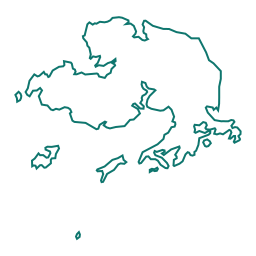 outline of Ongjin, Hwanghae-namdo, North Korea
{"feature_id": "82179303B18261928237919", "entity_name": "Ongjin", "entity_type": "district", "adm_level": 2, "iso_a3": "PRK", "parent_name": "North Korea", "parent_adm1": "Hwanghae-namdo", "projection": "orthographic", "projection_center": [125.207, 37.865], "detail": "fine", "context": "isolated", "style": "outline", "palette": "teal", "viewbox_px": 256, "rotation_deg": 0, "n_neighbors": 0, "source": "geoboundaries", "source_scale": "gbopen_adm2", "svg_char_len": 4478}
<svg xmlns="http://www.w3.org/2000/svg" viewBox="0 0 256 256"><path d="M220.8,71.1L216.4,66.4L213.5,63.3L209.0,60.2L206.1,52.4L198.8,38.3L191.3,38.3L185.4,33.7L176.5,32.1L169.1,29.0L163.2,28.9L152.8,25.8L145.6,20.7L144.1,20.8L142.6,24.5L144.1,27.2L143.3,31.2L143.8,32.9L146.2,34.3L146.4,37.5L147.9,39.1L144.8,40.5L142.4,40.0L138.5,36.8L134.2,37.4L133.0,36.4L135.4,33.8L136.1,31.4L135.7,30.5L133.8,25.9L130.6,23.6L126.0,24.1L128.6,22.0L128.4,20.4L122.1,17.7L119.0,17.2L112.5,17.9L110.3,20.3L107.5,21.7L104.5,22.3L99.9,21.8L96.5,23.7L94.8,23.3L92.7,24.6L89.4,22.4L87.4,24.3L85.3,32.8L84.7,35.4L82.9,36.2L83.3,38.3L86.8,42.4L87.4,45.7L89.3,47.7L90.8,54.5L89.8,58.1L90.7,58.8L93.1,56.4L95.9,57.0L99.9,55.9L100.2,57.1L97.7,63.0L95.2,65.5L95.7,66.7L98.8,65.2L103.6,65.9L107.9,63.1L111.6,61.9L113.6,60.4L115.4,59.0L115.6,61.1L112.7,63.3L114.7,64.4L115.1,65.5L111.5,69.0L110.6,72.8L107.0,74.8L104.8,77.9L99.1,76.5L98.0,74.1L96.9,73.5L85.2,74.5L81.6,72.5L76.6,74.3L74.3,74.2L75.6,71.7L74.9,69.6L72.9,68.6L72.1,65.0L71.8,63.7L70.9,62.6L64.0,61.2L64.4,65.0L63.2,66.3L59.0,66.8L52.7,70.5L49.4,76.5L48.3,77.0L46.8,74.3L45.2,74.3L43.8,71.9L39.4,75.8L37.5,76.4L36.4,75.7L34.3,74.4L29.5,80.8L27.8,88.3L26.4,90.7L25.6,92.0L27.2,94.8L29.6,96.3L33.0,90.7L36.3,90.5L36.8,90.5L40.1,88.0L42.0,90.4L38.8,96.2L41.8,104.6L47.5,105.5L50.9,109.5L53.0,110.2L56.0,108.8L59.3,109.6L64.6,107.2L67.9,107.8L70.2,109.3L70.3,109.6L71.4,112.1L69.9,113.4L72.4,120.6L74.4,121.9L85.6,122.9L96.4,129.2L98.3,128.7L99.7,124.8L104.9,121.6L106.0,122.1L103.7,125.3L106.6,127.4L109.9,128.4L115.8,127.0L119.6,126.6L124.6,126.1L130.0,119.9L133.7,119.5L139.9,113.5L137.8,109.0L132.2,105.7L133.3,104.0L135.0,103.5L140.2,108.5L143.5,108.7L143.8,106.3L140.3,103.0L142.2,99.9L141.7,98.0L142.5,95.9L145.6,94.2L147.2,92.0L146.7,90.7L143.5,88.8L142.3,86.9L141.6,84.5L142.0,81.8L145.4,83.0L146.8,86.7L148.6,88.5L154.1,89.4L155.4,90.3L149.7,95.9L147.5,99.6L146.5,104.2L147.3,106.8L151.4,108.8L160.2,110.7L163.5,110.3L168.5,106.7L171.5,109.7L174.1,116.7L172.4,121.4L175.1,122.4L175.4,124.3L174.6,126.6L171.5,127.2L168.2,132.7L164.4,134.8L163.5,138.9L157.6,144.3L142.6,152.2L138.6,161.9L139.4,163.5L141.1,163.0L146.2,156.6L148.4,156.4L150.8,159.2L155.3,159.2L157.9,160.7L160.6,164.8L165.4,168.0L166.9,168.2L167.5,168.2L168.6,166.0L167.0,163.0L161.8,157.7L155.4,155.2L154.1,152.7L154.7,151.0L156.8,151.9L162.5,149.9L164.5,150.4L164.7,151.6L161.9,153.5L163.8,155.0L171.2,149.4L179.3,146.5L179.7,147.9L175.2,154.8L176.6,156.6L176.7,158.3L173.9,159.8L173.5,165.4L174.2,166.0L179.5,163.7L182.6,161.3L185.5,154.4L187.7,152.2L189.1,152.7L190.5,155.1L192.6,155.6L194.5,154.8L194.4,152.0L196.1,150.7L198.4,144.9L199.3,138.2L208.6,134.7L210.2,133.2L210.3,131.4L209.6,131.3L208.1,131.2L204.9,133.0L199.3,131.0L195.6,132.8L194.5,132.1L195.1,129.6L194.1,126.3L194.7,124.8L199.4,125.3L203.2,122.1L205.8,122.8L206.8,125.2L205.4,128.0L206.3,129.3L210.0,129.6L214.8,128.3L215.6,129.4L214.2,133.7L216.9,134.4L220.0,133.4L223.0,134.3L227.2,131.4L229.3,129.9L230.6,130.5L231.4,132.5L229.0,138.5L230.5,138.7L233.7,136.0L235.0,136.0L235.2,138.5L233.8,141.8L234.5,142.7L239.5,140.2L240.0,139.1L238.4,136.1L240.5,134.1L240.6,131.3L237.3,127.5L235.0,127.1L232.5,128.0L231.4,125.8L234.4,121.9L233.5,120.4L231.2,120.0L228.2,121.3L222.7,121.2L221.4,121.3L214.6,120.1L207.8,112.6L205.8,107.7L207.0,106.4L212.7,107.5L213.7,109.8L216.3,107.6L218.1,110.3L219.1,103.8L219.2,97.6L219.2,86.7L220.8,78.9L220.8,71.1ZM58.1,145.8L51.6,146.9L47.4,146.7L45.4,147.8L45.6,149.6L50.0,151.5L50.4,153.2L48.2,157.4L46.5,157.7L43.2,155.1L42.7,155.1L40.1,155.2L38.5,153.4L36.2,156.6L34.7,158.6L32.0,160.6L32.2,166.3L33.7,165.4L35.5,165.7L36.2,167.3L36.6,168.5L40.1,165.2L41.7,165.1L44.3,167.7L45.8,167.5L50.9,163.3L50.8,159.8L51.9,158.4L55.3,158.2L55.9,154.0L59.0,148.5L58.1,145.8ZM126.3,162.1L123.6,159.9L122.5,155.5L117.8,158.2L112.4,159.9L104.6,166.5L97.4,169.4L96.8,170.4L97.1,170.7L97.6,171.3L102.2,171.0L103.2,174.1L101.0,180.5L101.6,182.1L103.1,181.8L107.1,173.9L114.0,169.9L118.3,164.4L120.6,163.4L124.3,163.8L126.3,162.1ZM208.3,146.1L210.8,143.2L209.8,141.3L207.2,139.4L204.1,140.5L203.2,142.4L205.0,146.0L206.4,146.6L208.3,146.1ZM20.1,100.1L21.0,98.1L21.3,95.9L20.5,93.7L18.6,91.8L15.4,94.9L16.9,98.2L17.2,101.7L20.1,100.1ZM157.9,168.9L157.2,167.7L154.4,169.3L151.9,168.8L149.8,169.8L149.8,172.0L152.8,170.3L154.7,171.1L156.8,170.8L157.9,168.9ZM79.6,236.9L79.9,234.5L78.9,232.1L77.0,234.1L76.0,236.6L77.0,238.8L79.6,236.9Z" fill="none" stroke="#0f766e" stroke-width="2"/></svg>